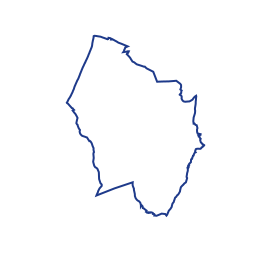 the district of Ixhuatlancillo, Veracruz, Mexico, rotated 224°
{"feature_id": "50627088B49506441430120", "entity_name": "Ixhuatlancillo", "entity_type": "district", "adm_level": 2, "iso_a3": "MEX", "parent_name": "Mexico", "parent_adm1": "Veracruz", "projection": "natural_earth1", "projection_center": [-97.161, 18.893], "detail": "fine", "context": "isolated", "style": "outline", "palette": "blue", "viewbox_px": 256, "rotation_deg": 224, "n_neighbors": 0, "source": "geoboundaries", "source_scale": "gbopen_adm2", "svg_char_len": 5261}
<svg xmlns="http://www.w3.org/2000/svg" viewBox="0 0 256 256"><g transform="rotate(224 128 128)"><path d="M216.5,170.3L216.1,169.7L215.9,169.6L214.8,167.9L214.7,167.7L214.5,167.4L214.2,166.8L212.9,164.8L212.6,164.3L211.5,162.9L210.8,161.9L210.6,161.5L210.2,160.7L209.9,160.0L209.8,159.6L209.5,158.9L209.3,158.5L209.0,157.7L208.7,156.9L208.5,156.4L208.2,155.7L208.0,155.3L207.7,154.6L207.5,153.9L207.2,153.2L206.9,152.5L206.6,151.9L206.3,151.0L206.0,150.2L205.8,149.7L205.0,147.2L204.9,146.8L204.7,146.5L204.6,146.3L204.6,146.1L204.5,145.9L204.4,145.6L204.4,145.4L204.2,145.1L204.2,144.8L204.1,144.7L203.8,143.6L203.7,143.3L203.3,142.3L203.2,142.0L203.1,141.7L203.0,141.4L202.8,140.7L202.5,139.8L202.2,139.2L201.9,138.3L201.5,137.3L201.3,136.9L200.4,134.6L200.2,134.2L200.1,133.9L200.0,133.5L199.8,133.1L199.6,132.8L199.4,132.4L199.3,132.0L199.2,131.8L198.9,131.1L198.7,130.6L198.0,128.9L197.7,127.8L197.7,127.7L197.6,127.4L197.5,126.9L197.4,126.7L197.2,126.1L197.0,125.6L196.7,124.8L196.6,124.5L195.9,122.6L195.6,121.9L195.3,120.9L195.2,120.8L194.9,120.1L194.6,119.5L194.3,118.9L194.1,118.6L193.5,116.9L193.2,116.1L192.9,115.5L192.6,114.6L192.5,114.3L192.2,113.3L191.6,111.6L191.6,111.4L191.4,111.0L191.4,110.7L191.3,110.4L191.1,109.8L190.7,107.4L190.2,106.0L189.8,104.7L189.6,103.9L189.6,103.7L189.4,103.6L187.7,103.8L185.8,103.6L184.4,103.5L184.0,103.5L182.1,103.3L181.6,103.7L180.2,103.5L179.4,103.5L179.7,102.4L179.8,102.1L179.1,102.0L177.3,101.7L175.7,101.6L173.6,101.0L171.3,100.2L170.6,98.9L169.8,97.6L168.5,95.6L167.2,95.2L166.6,95.3L165.3,94.5L163.0,93.5L161.2,93.2L160.2,91.7L158.7,90.8L157.4,90.5L155.6,90.5L154.7,90.9L153.1,91.7L151.7,92.3L150.9,92.7L149.3,92.3L146.7,91.7L146.4,92.2L145.5,92.3L143.5,91.8L140.6,90.3L138.8,89.6L137.7,88.4L135.7,87.0L135.6,86.4L134.9,85.3L131.8,82.6L129.6,79.5L126.1,77.4L124.3,77.0L123.0,77.4L121.7,77.4L118.4,76.0L117.5,75.2L115.0,72.8L113.3,71.2L109.5,69.2L107.7,69.1L106.7,68.1L106.6,66.5L106.5,64.7L105.6,61.8L105.1,61.0L104.7,59.9L104.2,58.4L103.8,57.5L102.1,61.3L95.7,75.3L86.9,92.2L86.3,91.5L85.5,90.6L84.5,89.8L83.5,89.3L81.5,88.4L80.9,87.7L79.4,86.7L77.3,85.3L75.7,83.8L73.6,82.8L71.7,82.5L70.4,82.6L69.0,83.0L67.1,82.7L65.2,81.5L64.4,80.7L64.7,81.9L63.1,81.8L61.7,80.7L61.1,81.0L60.5,81.2L60.0,81.1L59.6,81.2L58.2,81.3L57.8,81.4L57.4,81.5L57.0,81.4L57.0,81.1L56.8,80.2L55.3,80.6L55.2,80.5L54.9,80.8L54.0,81.3L53.9,81.5L54.1,81.6L54.3,82.0L54.1,82.1L53.1,82.6L53.0,83.3L51.7,83.9L51.5,84.1L51.3,84.1L50.9,84.1L50.4,83.5L49.4,84.3L48.8,84.2L48.5,84.1L48.3,83.7L48.2,83.4L46.5,84.7L45.5,86.9L44.3,89.8L41.4,92.0L39.5,91.7L39.6,92.8L41.2,96.9L41.3,99.4L41.7,101.3L41.8,101.7L42.4,102.5L43.2,104.0L43.5,104.5L43.7,106.6L44.2,107.4L45.0,109.2L45.6,110.3L45.7,111.2L45.5,112.0L45.7,112.7L45.9,114.1L45.7,114.4L45.8,115.7L46.4,118.0L46.5,118.4L47.7,120.1L47.8,120.4L48.6,121.7L48.9,122.6L48.9,125.1L48.8,125.3L48.9,125.8L48.8,126.3L49.0,126.9L48.8,128.2L48.7,128.5L48.6,129.1L50.7,133.1L51.9,133.5L53.3,135.5L54.1,136.6L54.9,138.1L55.3,138.8L56.0,139.6L56.5,140.0L56.7,140.6L57.0,141.5L57.7,141.0L58.0,141.9L57.9,142.6L58.6,142.8L58.7,143.4L58.3,143.9L59.1,144.7L59.1,145.6L59.0,146.3L59.0,147.1L59.5,147.6L59.8,148.1L60.5,148.8L60.8,149.4L60.5,150.2L60.9,150.7L60.9,151.2L61.3,151.6L61.6,152.7L62.0,153.2L61.7,153.8L62.4,155.0L62.9,156.8L62.5,157.5L63.3,157.7L63.7,158.1L64.5,159.9L63.9,161.1L61.5,163.3L61.3,164.1L61.5,164.7L61.6,165.2L61.2,165.8L61.2,166.9L61.2,167.3L61.1,168.4L61.3,168.6L62.5,168.3L62.9,167.9L63.2,168.0L63.4,168.3L64.9,168.3L65.5,168.2L67.8,169.5L68.2,170.7L69.4,170.8L69.5,170.8L70.5,171.4L71.1,171.0L71.6,171.4L72.2,171.4L72.4,171.6L72.7,172.0L71.1,173.4L71.5,174.0L74.1,172.4L75.0,172.9L75.5,173.1L76.1,173.7L77.2,174.7L78.0,176.2L80.5,177.7L81.7,177.1L83.3,177.4L83.8,176.7L85.8,178.3L88.1,181.2L89.1,183.2L90.2,185.3L91.6,187.0L92.9,188.0L93.6,188.8L95.4,191.4L96.2,192.5L97.6,194.0L98.5,195.2L100.0,197.0L100.8,198.1L101.4,198.5L101.7,197.0L101.7,195.7L101.5,194.3L101.3,193.2L101.9,190.9L102.4,189.6L103.2,188.8L104.0,187.9L105.0,186.7L106.2,185.9L106.8,185.7L108.0,185.7L109.8,186.3L111.1,187.8L112.2,188.3L113.1,188.0L113.9,187.9L114.1,188.8L114.0,190.0L114.7,190.9L115.2,191.5L115.4,192.2L117.1,192.1L117.7,193.4L118.2,194.3L119.7,195.8L121.1,196.1L122.7,195.9L126.1,195.5L127.2,194.2L131.1,189.8L134.9,186.0L137.4,183.4L139.2,181.5L148.9,186.0L156.1,183.8L158.0,183.8L158.6,183.8L159.1,183.2L162.1,181.8L165.1,180.3L165.6,180.0L167.2,179.7L169.0,179.6L170.9,178.9L173.9,179.6L175.2,180.0L175.6,180.0L176.0,180.1L178.0,180.2L179.6,180.3L180.1,180.2L180.3,180.6L180.3,181.1L180.1,181.4L180.1,181.5L180.3,182.6L180.7,183.7L181.4,183.1L182.1,181.9L184.1,179.3L184.3,180.6L184.9,181.4L185.2,182.4L185.6,183.5L185.9,183.9L184.9,186.5L191.3,184.0L194.2,182.7L195.3,182.5L195.5,182.5L195.8,182.4L196.1,182.3L196.3,182.3L196.4,182.2L196.7,182.2L197.0,182.1L198.4,181.7L199.6,181.4L200.7,181.1L201.0,181.0L200.9,180.6L201.6,179.9L201.9,180.5L202.0,180.6L203.2,180.3L203.9,179.8L204.7,179.3L204.2,178.5L204.1,178.2L204.3,177.9L204.3,177.7L205.3,177.2L206.2,176.9L206.5,176.7L207.4,176.3L207.7,176.2L208.9,175.6L209.6,175.3L211.0,174.7L211.5,174.4L212.2,173.9L213.6,172.9L214.2,172.5L214.4,172.4L215.7,171.4L216.1,171.1L216.5,170.3Z" fill="none" stroke="#1e3a8a" stroke-width="2"/></g></svg>